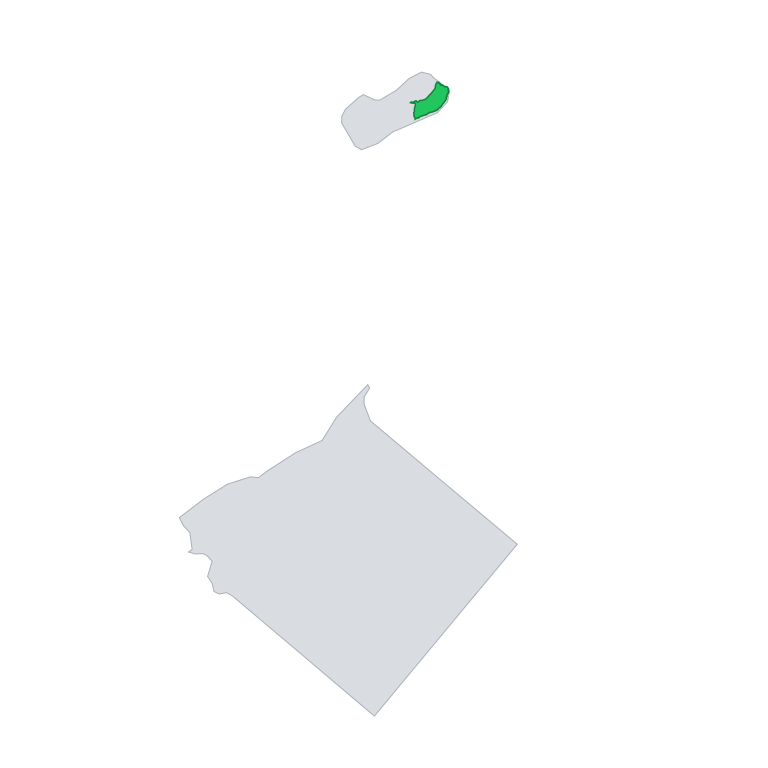 location of Baney, Bioko Norte, Equatorial Guinea, rotated 40°
{"feature_id": "11065452B68125244133984", "entity_name": "Baney", "entity_type": "district", "adm_level": 2, "iso_a3": "GNQ", "parent_name": "Equatorial Guinea", "parent_adm1": "Bioko Norte", "projection": "equal_earth", "projection_center": [8.855, 3.645], "detail": "fine", "context": "in_parent", "style": "filled", "palette": "green", "viewbox_px": 768, "rotation_deg": 40, "n_neighbors": 0, "source": "geoboundaries", "source_scale": "gbopen_adm2", "svg_char_len": 3905}
<svg xmlns="http://www.w3.org/2000/svg" viewBox="0 0 768 768"><g transform="rotate(40 384 384)"><path d="M589.1,421.1L589.3,465.4L589.4,502.9L589.6,543.4L589.8,585.7L590.0,621.4L590.1,644.6L561.0,644.5L522.4,644.3L483.8,644.1L445.2,644.0L425.8,643.9L404.4,643.8L397.5,645.0L392.8,650.8L387.1,652.2L380.5,647.2L372.5,644.8L370.3,639.6L366.3,630.3L358.4,629.2L354.4,630.3L348.6,635.6L342.2,638.4L343.4,634.1L330.7,622.6L321.5,621.5L313.1,617.9L319.9,587.8L328.5,561.2L341.3,541.1L348.1,536.3L350.3,526.3L360.4,493.6L372.9,467.0L369.0,440.1L372.0,394.9L375.6,396.2L376.2,400.4L377.1,406.8L381.8,412.3L397.4,421.0L443.9,421.0L471.6,421.1L512.7,421.1L556.1,421.1L589.1,421.1ZM220.7,116.8L224.2,117.5L245.5,116.8L251.2,126.9L250.6,141.8L228.7,185.2L224.7,203.5L216.2,219.0L208.9,220.3L183.7,211.2L179.4,205.6L177.9,198.2L180.4,180.9L182.2,175.6L194.3,172.3L198.2,169.5L204.7,150.9L206.8,133.9L212.2,121.0L220.7,116.8Z" fill="#d9dde1" stroke="#a8b0b8" stroke-width="1"/><path d="M223.4,151.5L224.1,151.2L224.6,150.8L225.3,150.5L225.7,150.2L226.4,149.6L226.9,149.4L227.5,149.1L228.0,149.4L228.5,149.8L228.8,150.3L229.2,150.9L229.4,151.6L229.6,152.2L230.0,153.1L230.4,153.6L230.7,154.1L231.5,155.0L231.9,155.3L232.1,155.8L232.3,156.4L232.4,157.1L233.0,157.6L233.6,158.2L234.2,158.7L234.6,159.4L235.0,159.8L235.4,159.9L235.8,159.8L236.2,159.9L236.7,160.4L237.6,161.2L237.7,160.7L238.0,160.1L238.1,159.8L238.2,159.6L238.2,159.2L238.5,158.8L238.5,158.5L238.8,158.3L239.3,158.3L239.5,157.8L239.3,157.5L239.6,156.7L239.7,156.1L240.0,155.7L240.0,155.3L240.4,155.1L240.5,154.8L240.7,154.5L240.7,154.2L241.7,152.9L241.8,152.6L242.0,152.4L242.1,152.0L242.3,151.7L242.7,151.4L242.8,151.0L243.1,150.9L243.1,150.6L243.6,150.1L243.5,149.7L243.7,148.9L243.9,148.2L243.9,147.9L244.4,147.5L244.4,147.1L244.5,146.6L244.6,146.1L245.4,145.7L245.8,145.0L246.1,144.9L246.2,144.6L246.3,144.4L246.4,144.0L246.6,143.7L246.9,143.4L247.1,142.6L247.5,142.3L247.8,141.7L247.8,141.3L248.1,141.2L248.2,140.9L248.4,140.7L248.5,140.0L248.8,139.6L248.6,139.3L248.6,138.8L248.7,138.4L248.9,138.3L248.8,137.3L248.9,136.4L249.2,136.2L249.4,135.0L249.3,134.6L249.2,134.2L249.3,133.8L249.2,133.5L249.0,133.0L249.1,132.6L249.0,132.3L248.9,132.1L249.0,131.7L248.9,131.3L249.0,130.9L248.9,130.7L248.9,130.2L249.1,129.8L248.9,129.4L248.8,128.9L248.8,128.3L249.0,127.9L248.8,127.4L248.8,126.4L248.6,125.4L248.3,125.0L248.2,124.7L247.9,124.5L247.6,124.8L247.4,124.7L247.2,123.5L247.4,123.0L247.1,122.7L246.7,122.7L246.5,122.1L246.3,121.4L246.2,120.9L246.2,120.5L246.3,120.4L246.5,120.0L246.2,119.6L245.9,119.5L245.7,118.4L244.4,118.0L244.3,117.5L244.0,117.2L244.0,116.9L243.9,116.5L243.4,116.3L242.8,116.1L242.5,116.2L242.1,115.9L241.8,115.9L241.2,115.8L241.0,116.1L240.5,116.2L240.4,116.5L240.1,116.6L239.9,116.6L239.6,116.7L239.5,117.0L239.4,117.2L238.9,117.4L238.0,117.3L237.1,117.4L237.0,117.5L236.7,117.3L236.5,117.5L236.1,117.6L236.0,118.0L235.9,118.1L235.8,118.4L235.2,118.1L235.0,118.3L234.7,118.1L234.4,118.5L233.9,118.1L233.7,117.8L233.3,118.0L233.0,118.0L232.9,118.1L232.7,117.9L232.5,117.7L232.4,117.7L232.2,117.7L232.0,118.1L231.3,118.0L231.2,118.4L231.0,118.5L230.8,118.7L230.6,118.8L230.8,119.4L230.9,119.8L230.8,120.2L230.9,120.7L231.1,121.2L231.4,121.9L231.9,122.8L232.2,123.3L232.8,124.1L233.1,124.9L233.2,125.6L233.2,126.0L233.2,126.8L233.3,127.8L233.3,128.9L233.3,129.8L233.4,130.7L233.2,131.9L233.2,132.8L233.0,133.9L233.1,134.4L233.1,135.8L233.0,136.9L232.9,138.2L232.6,139.4L232.3,139.8L232.2,140.0L231.8,140.8L231.5,141.2L231.3,141.6L230.9,142.2L230.7,142.6L230.2,142.9L229.8,143.2L229.4,143.5L229.1,144.4L229.0,145.0L228.9,145.6L228.7,146.2L228.3,146.6L227.8,146.6L227.2,146.4L226.5,146.4L226.3,146.8L226.0,147.2L225.6,148.5L225.4,149.0L225.3,149.4L225.0,149.7L224.6,150.1L223.9,150.1L223.7,150.3L223.7,150.6L223.6,150.9L223.6,151.1L223.5,151.3L223.4,151.4L223.4,151.5Z" fill="#22c55e" stroke="#15803d" stroke-width="1.5"/></g></svg>